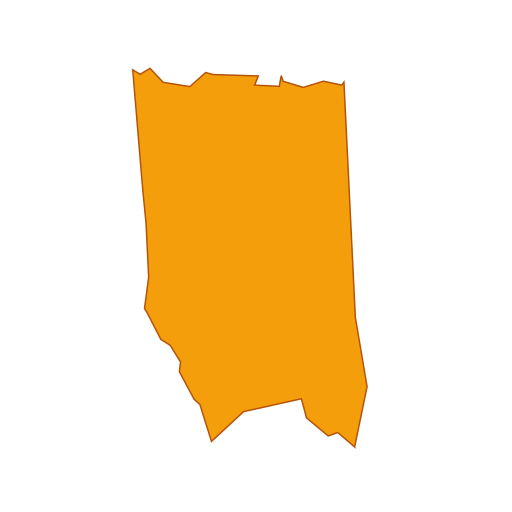 outline of Toombs, Georgia, United States of America, rotated 169°
{"feature_id": "52423323B90214298110326", "entity_name": "Toombs", "entity_type": "district", "adm_level": 2, "iso_a3": "USA", "parent_name": "United States of America", "parent_adm1": "Georgia", "projection": "orthographic", "projection_center": [-82.313, 32.133], "detail": "fine", "context": "isolated", "style": "filled", "palette": "amber", "viewbox_px": 512, "rotation_deg": 169, "n_neighbors": 0, "source": "geoboundaries", "source_scale": "gbopen_adm2", "svg_char_len": 621}
<svg xmlns="http://www.w3.org/2000/svg" viewBox="0 0 512 512"><g transform="rotate(169 256 256)"><path d="M341.5,462.3L354.5,342.9L357.7,309.0L365.4,255.7L375.5,225.6L374.0,222.1L365.3,192.3L357.2,184.6L350.3,166.4L353.3,157.0L344.1,127.2L339.4,120.9L335.1,82.5L297.9,105.6L238.7,107.2L237.3,87.5L219.5,65.6L209.4,67.1L195.6,49.7L195.6,49.8L171.9,106.5L170.2,176.8L136.5,409.9L139.3,407.4L156.4,414.7L177.5,412.5L196.1,422.4L196.8,428.2L200.8,418.1L224.7,424.0L219.4,432.3L263.5,442.3L270.4,445.7L288.6,434.9L314.0,444.2L324.2,460.4L335.1,456.5L341.5,462.3Z" fill="#f59e0b" stroke="#b45309" stroke-width="1.5"/></g></svg>